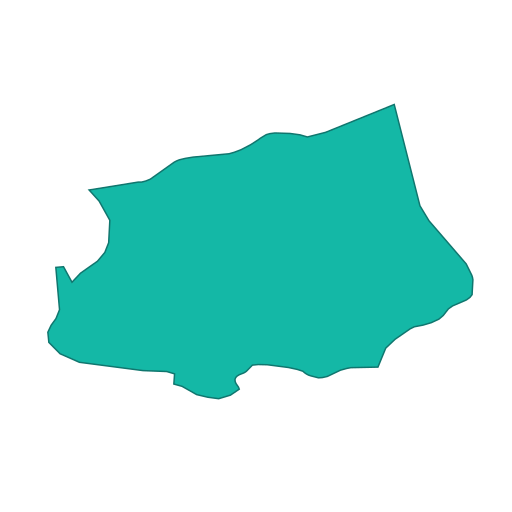 the border of Saint Catherine, rotated 85°
{"feature_id": "JAM-1380", "entity_name": "Saint Catherine", "entity_type": "Parish", "adm_level": 1, "iso_a3": "JAM", "parent_name": "Jamaica", "parent_adm1": "", "projection": "equal_earth", "projection_center": [-76.985, 18.04], "detail": "fine", "context": "isolated", "style": "filled", "palette": "teal", "viewbox_px": 512, "rotation_deg": 85, "n_neighbors": 0, "source": "natural_earth", "source_scale": "10m", "svg_char_len": 1319}
<svg xmlns="http://www.w3.org/2000/svg" viewBox="0 0 512 512"><g transform="rotate(85 256 256)"><path d="M394.9,305.6L392.5,316.3L388.9,327.2L379.4,341.0L376.4,349.0L366.3,347.4L363.3,355.0L360.3,378.6L346.5,441.2L336.3,459.7L324.0,469.9L313.8,470.0L307.1,466.1L300.9,460.7L292.4,456.4L249.9,456.4L249.9,448.7L266.1,441.6L257.8,432.3L247.4,414.4L239.3,406.3L229.9,401.6L207.7,398.5L187.6,407.5L175.7,416.5L172.1,367.0L172.4,363.6L171.7,359.3L170.3,354.7L155.4,329.3L154.4,326.9L153.5,324.0L152.6,318.0L152.0,310.1L151.8,273.9L150.8,268.7L148.9,261.9L144.7,251.7L140.3,243.4L139.1,241.5L136.0,235.2L135.3,231.5L135.1,226.4L136.9,211.4L139.1,201.7L141.9,194.4L138.9,176.0L117.1,105.1L220.3,88.3L236.0,80.6L282.2,47.3L294.0,42.7L296.2,42.2L298.6,42.0L313.3,44.1L315.8,46.4L318.1,50.2L322.8,64.4L325.4,68.9L331.5,74.6L334.8,79.2L337.7,87.2L339.4,95.6L340.3,104.4L342.0,108.8L351.0,124.6L359.1,134.8L377.3,144.2L375.5,171.3L375.9,175.3L377.1,181.8L382.2,195.4L382.9,200.5L382.8,204.4L380.2,211.8L379.2,214.1L377.9,216.1L376.5,217.8L374.9,219.3L372.6,224.7L369.9,233.4L365.3,254.3L364.3,263.3L364.4,269.1L369.9,275.5L370.6,276.6L371.4,278.3L372.8,283.0L373.9,285.2L375.3,286.8L377.1,287.7L379.2,287.7L381.2,287.1L385.1,284.9L387.2,284.3L392.4,293.6L394.9,305.6Z" fill="#14b8a6" stroke="#0f766e" stroke-width="1.5"/></g></svg>